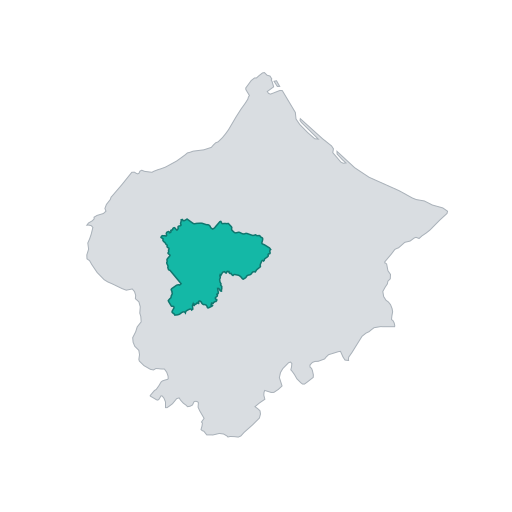 Vallée du Bandama on a map of Ivory Coast (Robinson projection), rotated 228°
{"feature_id": "CIV-3450", "entity_name": "Vallée du Bandama", "entity_type": "Region", "adm_level": 1, "iso_a3": "CIV", "parent_name": "Ivory Coast", "parent_adm1": "", "projection": "robinson", "projection_center": [-5.056, 8.307], "detail": "fine", "context": "in_parent", "style": "filled", "palette": "teal", "viewbox_px": 512, "rotation_deg": 228, "n_neighbors": 0, "source": "natural_earth", "source_scale": "10m", "svg_char_len": 9655}
<svg xmlns="http://www.w3.org/2000/svg" viewBox="0 0 512 512"><g transform="rotate(228 256 256)"><path d="M140.3,114.0L141.7,114.0L145.4,112.8L148.7,110.0L151.8,104.3L156.0,99.7L160.7,100.0L162.1,99.2L163.8,99.0L165.7,102.0L167.7,104.4L169.1,104.4L170.1,108.8L178.7,110.6L182.4,111.8L185.5,115.0L186.6,115.1L187.9,114.4L188.9,113.3L189.1,112.1L187.8,109.2L188.4,106.6L189.8,104.3L192.0,104.2L195.3,103.5L199.1,103.5L202.0,103.9L203.1,101.6L202.1,95.1L202.4,91.6L202.8,88.5L203.9,87.3L208.1,91.1L212.0,92.5L214.8,92.6L215.6,91.9L214.4,87.7L214.7,86.5L215.8,85.8L217.6,85.3L222.6,83.7L223.1,84.0L224.0,90.5L223.6,92.6L224.6,97.1L225.9,101.2L225.8,102.8L224.7,105.4L223.5,107.7L223.6,108.7L225.6,110.3L229.4,111.9L233.3,112.3L235.5,109.9L237.8,107.9L239.4,106.2L239.9,103.6L242.4,101.7L249.5,99.4L256.0,99.0L257.6,99.8L260.6,103.4L264.3,105.8L270.0,105.5L274.2,107.0L277.8,109.7L280.2,115.9L282.8,120.3L283.9,126.6L288.1,129.9L291.3,131.4L295.7,136.0L300.3,138.3L305.0,137.8L307.2,140.2L310.8,141.9L314.3,142.0L317.4,136.7L321.5,134.6L331.8,130.4L335.9,128.5L340.0,127.3L350.0,126.9L359.3,128.2L363.9,129.2L367.0,128.5L370.0,131.0L373.1,136.2L375.6,137.9L378.2,139.7L380.1,143.9L382.4,148.0L383.6,149.8L386.4,153.9L388.8,153.9L391.1,152.2L392.1,150.9L392.6,153.6L391.7,157.9L391.9,160.6L393.2,161.6L392.5,165.1L389.7,171.0L389.7,174.5L392.4,175.5L394.4,179.3L395.5,185.6L396.7,187.7L396.8,189.0L398.8,204.3L401.3,219.7L399.7,221.7L397.6,222.3L396.2,223.0L395.8,224.4L396.7,226.5L396.2,228.5L393.5,229.8L387.8,234.7L387.4,236.6L385.8,240.8L384.6,243.3L382.7,248.0L379.7,260.5L378.6,270.8L378.5,274.0L377.3,276.2L376.0,279.4L369.8,288.3L366.6,295.5L367.0,298.7L367.1,301.8L366.2,304.1L366.4,310.2L367.2,315.3L368.3,320.3L372.8,334.5L375.2,343.2L376.7,350.1L378.0,354.8L379.2,356.7L379.7,358.5L386.4,359.8L387.7,360.8L389.6,369.9L389.3,374.0L388.0,375.5L388.0,379.0L387.7,383.3L386.7,385.0L382.9,385.2L380.4,386.8L377.0,386.2L376.7,385.1L374.9,384.7L369.9,382.3L370.7,374.4L368.4,374.1L366.6,375.1L363.0,384.6L361.3,386.2L336.4,381.3L331.0,377.4L324.5,376.5L313.2,377.0L303.8,378.1L301.2,380.5L324.7,379.1L327.3,379.4L328.4,380.8L298.7,383.9L287.3,385.8L283.9,385.3L281.4,382.2L269.0,381.9L266.5,382.9L265.0,385.1L269.8,384.6L277.5,384.5L279.6,386.2L255.6,388.4L238.9,392.7L231.9,395.8L208.6,406.1L194.5,411.0L190.8,412.8L184.3,417.9L176.0,421.1L166.7,427.0L161.1,428.3L159.8,426.4L159.7,416.4L158.9,402.9L159.2,397.8L159.9,392.9L159.9,388.9L162.8,387.4L163.5,385.7L164.0,380.5L166.6,375.7L166.7,367.4L167.4,365.7L168.0,363.5L166.9,358.0L165.5,347.8L164.7,347.1L164.1,347.5L162.6,347.7L156.8,344.2L152.3,343.6L149.2,340.5L149.0,337.1L147.4,335.0L146.4,331.1L144.8,326.5L140.4,323.7L136.2,323.0L133.2,323.6L129.8,323.4L125.8,321.9L123.1,320.2L120.5,316.8L118.1,314.2L116.1,314.5L113.8,313.9L111.5,312.6L110.7,311.7L120.4,301.0L123.7,295.8L124.0,292.6L124.1,289.4L125.1,286.1L125.4,281.1L120.1,262.8L118.8,257.2L117.3,255.5L116.4,254.9L119.1,252.5L122.8,253.1L128.6,255.0L129.8,253.2L134.1,243.9L134.0,240.5L133.6,238.1L136.1,231.8L138.1,229.4L139.2,226.7L138.9,223.2L137.3,221.8L135.3,222.1L133.0,221.2L129.3,219.1L127.5,217.3L128.1,208.9L128.4,206.3L129.7,204.9L131.7,204.5L137.3,204.2L141.9,205.2L145.9,205.7L148.1,205.7L149.8,208.2L152.1,210.7L154.1,210.7L154.9,208.8L154.4,200.6L153.0,196.2L150.0,192.0L142.0,188.4L141.9,183.4L142.7,178.0L144.4,176.0L150.3,172.5L149.3,170.7L147.4,168.7L143.6,166.7L144.5,160.2L144.7,154.4L141.5,155.1L138.3,155.4L135.6,153.6L133.3,150.1L132.8,140.4L132.9,129.2L132.4,124.3L133.3,121.6L136.1,119.2L139.2,116.0L140.3,114.0ZM373.8,386.3L372.5,388.5L366.2,387.1L367.7,385.3L373.8,386.3Z" fill="#d9dde1" stroke="#a8b0b8" stroke-width="1"/><path d="M329.6,229.5L322.6,231.0L321.6,231.4L321.2,231.7L321.0,232.0L319.9,233.8L317.2,237.1L316.3,237.9L312.6,240.0L311.4,241.2L310.7,241.6L309.9,241.8L309.3,241.8L308.7,241.8L307.7,241.4L307.2,241.3L306.9,241.4L305.0,241.8L304.6,243.9L304.7,244.8L304.8,245.1L304.9,245.7L305.7,252.1L305.5,252.7L305.3,253.0L305.0,253.0L303.5,252.5L303.2,252.5L302.9,252.5L302.6,252.7L302.3,252.9L302.1,253.2L301.6,253.9L301.1,254.5L300.9,254.8L299.7,255.8L298.7,257.2L294.8,257.3L293.6,257.2L293.3,257.0L292.5,256.0L291.9,255.6L291.5,255.4L291.1,255.4L288.3,255.6L287.5,255.8L287.0,256.1L286.2,257.3L285.4,258.8L285.1,259.2L284.5,259.6L281.8,260.7L281.1,261.2L280.8,261.4L280.3,262.0L280.1,262.4L279.8,263.1L279.7,263.4L279.4,263.8L278.9,264.3L273.6,267.2L272.7,268.3L272.2,269.6L272.0,269.9L271.7,270.0L271.3,270.0L270.9,270.1L270.4,270.4L270.0,270.8L269.1,272.0L268.8,272.3L268.4,272.4L267.5,272.2L267.2,272.2L265.7,272.7L265.3,272.8L264.9,272.8L264.6,272.6L264.3,272.5L264.0,272.2L263.2,271.2L262.2,269.6L262.0,269.3L261.7,269.0L261.3,268.8L260.9,268.8L260.6,268.9L258.6,269.8L253.1,271.4L252.4,271.4L251.0,271.2L251.1,270.9L251.0,270.5L250.7,269.9L250.5,269.5L250.2,269.3L249.5,269.0L249.3,268.9L248.6,268.2L248.5,267.9L248.5,267.7L248.6,267.4L249.0,267.0L249.2,266.8L249.2,266.5L249.1,266.2L248.8,265.7L248.3,265.5L248.1,265.4L247.8,265.0L247.7,263.9L248.1,260.4L247.3,259.3L247.2,258.3L247.6,258.3L248.0,258.2L248.4,257.9L248.5,257.7L248.4,257.0L248.0,256.0L247.1,254.0L246.6,253.2L246.1,252.7L245.6,252.6L245.4,252.4L245.2,252.2L245.1,251.9L245.1,251.3L245.3,247.7L245.2,246.8L244.6,244.8L245.4,244.3L245.7,244.0L246.1,243.2L246.3,242.7L246.3,242.3L246.1,241.4L245.9,240.9L245.9,240.2L245.9,239.9L246.1,238.9L246.2,238.7L246.9,237.6L247.1,237.1L247.2,236.5L247.3,236.2L247.3,235.9L246.8,234.1L246.8,233.5L247.3,231.0L247.7,230.8L248.4,230.7L248.9,230.7L250.5,230.8L252.5,230.5L253.7,229.9L256.5,227.8L256.8,227.4L256.9,227.1L257.0,226.7L256.9,225.9L257.2,225.7L257.7,225.6L259.1,225.6L259.9,225.8L260.3,225.0L261.0,224.8L261.8,225.1L262.4,225.5L262.8,224.7L263.4,224.9L263.8,224.4L263.9,223.7L263.3,222.4L264.0,222.1L265.4,222.1L266.1,220.9L266.0,219.6L265.1,216.9L266.1,216.9L265.6,216.0L265.0,215.6L264.3,215.3L263.8,215.0L263.6,214.7L263.1,213.5L262.9,213.3L262.7,213.1L262.2,212.8L261.2,212.1L260.9,211.9L258.6,211.3L258.5,211.1L258.3,210.4L258.1,210.2L256.5,210.2L256.1,210.1L255.7,209.6L255.0,209.1L253.6,207.3L253.0,206.8L253.3,206.5L253.7,206.3L254.2,206.1L254.6,206.2L255.5,206.6L256.6,206.6L257.1,206.4L257.6,205.8L253.7,203.3L253.4,202.4L253.8,201.9L253.8,201.5L253.7,201.2L252.8,201.1L252.4,200.8L252.2,200.5L252.1,200.2L252.2,199.6L252.2,198.1L252.1,197.8L251.9,197.6L251.5,197.3L251.0,197.2L250.7,197.2L250.1,197.7L249.9,197.7L249.7,197.6L249.2,197.0L249.1,196.8L249.1,196.5L249.0,195.7L249.3,195.4L249.5,195.3L249.6,194.8L249.6,194.4L249.8,193.4L249.7,193.1L249.6,192.8L249.5,192.6L249.4,192.3L249.5,192.1L249.8,191.9L250.3,191.9L250.5,191.8L250.7,191.6L250.6,191.3L250.5,191.1L250.0,190.8L249.9,190.6L249.8,190.0L249.6,189.8L249.4,189.7L249.2,189.6L248.8,189.8L248.6,190.2L248.4,190.5L248.2,190.5L248.2,190.2L248.2,189.7L248.7,187.8L249.3,185.9L249.6,185.5L250.0,185.4L250.3,185.4L250.5,185.5L250.9,185.8L251.2,185.9L252.1,186.0L252.6,186.1L252.8,186.1L253.3,185.9L253.8,185.7L254.2,185.4L255.0,184.5L255.5,184.3L256.0,184.2L256.8,184.1L257.5,184.2L258.0,184.5L258.5,184.5L258.8,184.5L259.0,184.3L259.5,184.4L260.3,184.0L260.6,183.5L260.6,182.8L260.3,182.7L259.6,182.2L259.1,181.6L259.4,181.3L260.6,180.9L260.4,178.8L261.5,178.0L260.8,177.4L260.6,177.2L260.6,176.9L261.1,176.8L261.6,176.9L262.1,177.0L262.5,177.2L261.7,175.6L258.8,173.5L258.9,172.0L260.0,172.2L260.7,171.5L261.2,170.3L261.8,167.9L261.8,167.0L261.5,166.2L260.9,165.4L262.3,165.5L263.2,164.5L263.7,162.9L263.8,161.1L264.1,159.7L264.8,158.3L266.4,156.1L267.5,156.4L269.6,156.0L270.2,156.0L270.5,156.1L270.8,156.4L271.1,156.8L272.2,160.0L272.3,160.3L272.5,160.5L272.9,160.8L273.3,160.9L273.6,161.0L274.0,160.8L274.6,160.2L274.9,159.8L275.1,159.7L275.5,159.6L280.3,160.5L281.0,160.7L281.6,161.0L281.7,161.7L281.9,163.3L281.9,164.5L282.0,164.9L282.3,165.4L282.5,165.7L283.0,166.2L283.2,166.6L283.8,168.2L284.0,168.6L284.3,168.8L285.0,169.1L285.5,169.6L285.7,169.8L286.4,169.9L287.0,170.2L287.5,170.3L287.7,170.5L287.9,170.6L288.0,170.9L288.1,171.3L288.1,171.9L287.5,176.9L287.5,177.0L287.4,177.4L287.2,178.0L286.6,179.0L286.3,179.4L285.9,179.6L285.5,179.8L285.5,181.8L302.9,182.5L303.5,182.1L304.1,181.9L304.4,181.9L304.8,182.0L306.5,182.8L306.8,183.2L307.1,183.6L307.5,183.9L308.2,184.2L309.7,184.6L310.4,184.9L310.8,185.2L311.3,186.2L311.5,186.4L311.6,186.5L312.5,187.1L312.9,187.4L313.1,187.9L313.3,188.4L313.7,191.7L313.9,192.3L314.1,192.6L314.4,192.7L314.7,192.7L315.8,192.5L316.1,192.4L316.7,192.4L317.0,192.5L317.3,192.9L317.4,193.6L317.6,193.9L317.9,194.2L318.8,194.8L319.0,195.1L319.3,195.7L319.4,196.0L319.8,196.3L320.1,196.4L320.4,196.4L320.6,196.4L321.5,196.0L321.9,196.0L322.2,196.1L322.5,196.2L322.9,196.7L323.2,197.1L323.5,197.2L323.8,197.2L324.4,197.0L324.8,197.0L325.3,197.0L326.4,197.3L326.9,197.3L327.4,197.3L328.2,197.1L328.6,197.1L329.2,197.1L329.9,197.3L330.1,197.4L330.7,198.1L330.9,198.4L331.2,198.4L331.5,198.4L332.2,198.1L332.7,197.9L333.4,197.8L333.6,198.1L333.9,199.3L333.8,200.0L332.5,201.2L332.1,201.9L331.3,202.2L331.0,202.5L331.1,203.4L332.9,204.5L333.3,205.6L332.8,207.3L331.8,207.7L331.1,207.8L331.0,207.6L330.7,208.3L330.8,208.8L331.1,209.1L331.3,209.5L331.6,209.6L331.8,209.6L332.0,209.8L332.0,210.2L331.9,210.5L331.7,210.6L331.5,211.3L331.3,211.4L331.3,211.6L331.8,212.2L332.1,212.7L332.1,213.2L332.0,213.7L331.7,214.3L331.0,214.5L328.6,214.4L328.1,214.5L328.1,215.0L328.3,215.8L328.4,216.3L328.6,216.7L329.8,217.5L330.0,218.0L329.9,218.6L329.2,219.8L329.0,220.4L329.2,221.1L329.5,221.2L330.0,221.3L330.5,221.5L332.3,224.1L333.0,224.7L332.8,225.0L332.5,225.6L332.3,225.8L331.2,225.4L330.4,226.1L329.9,227.5L329.6,229.5Z" fill="#14b8a6" stroke="#0f766e" stroke-width="1.5"/></g></svg>